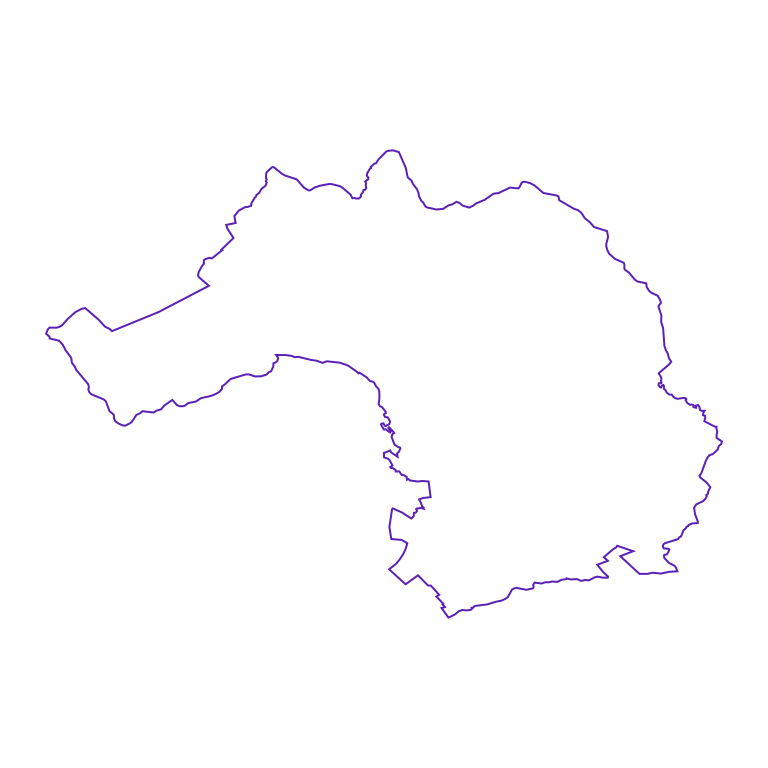 the district of Hateg, Hunedoara, Romania
{"feature_id": "2599482B32266966922921", "entity_name": "Hateg", "entity_type": "district", "adm_level": 2, "iso_a3": "ROU", "parent_name": "Romania", "parent_adm1": "Hunedoara", "projection": "robinson", "projection_center": [22.928, 45.632], "detail": "fine", "context": "isolated", "style": "outline", "palette": "violet", "viewbox_px": 768, "rotation_deg": 0, "n_neighbors": 0, "source": "geoboundaries", "source_scale": "gbopen_adm2", "svg_char_len": 6100}
<svg xmlns="http://www.w3.org/2000/svg" viewBox="0 0 768 768"><path d="M448.4,617.6L455.1,614.4L458.6,611.4L462.0,610.0L467.0,610.4L470.6,609.9L471.6,609.2L471.5,607.9L472.6,608.1L474.7,606.0L487.2,604.4L496.4,601.6L501.0,600.8L505.6,598.8L507.8,597.1L512.1,589.5L514.8,588.1L516.5,587.9L526.3,589.8L532.9,588.4L533.6,587.1L533.2,584.9L534.5,582.6L541.5,583.5L545.5,582.2L549.2,582.3L552.2,581.5L557.2,581.9L561.6,579.8L566.6,579.0L566.7,578.4L570.8,579.4L577.0,579.1L581.1,580.9L585.2,580.0L588.9,580.4L594.3,577.5L597.5,576.6L602.9,577.7L607.8,577.6L608.0,576.5L603.4,572.3L597.3,564.8L607.9,560.8L603.8,557.2L612.9,549.4L616.2,547.4L617.2,545.8L633.2,551.2L620.3,556.2L639.5,573.9L647.2,573.9L653.0,572.7L660.7,573.6L669.3,571.8L677.4,571.3L675.9,567.5L674.5,565.7L669.2,563.0L664.4,558.1L663.9,555.9L664.3,554.8L666.8,554.4L668.3,552.2L669.3,549.6L668.6,548.9L663.6,548.3L662.9,546.5L663.3,544.5L664.9,543.2L677.9,539.2L679.2,537.4L681.1,536.3L683.5,530.3L685.8,528.3L686.5,526.9L688.1,526.2L688.4,525.1L692.1,523.4L697.7,523.1L697.8,521.5L695.0,514.1L694.1,507.7L696.3,504.4L703.3,501.0L705.6,498.6L706.8,496.1L706.4,495.0L708.0,493.7L708.3,491.3L710.3,487.2L706.7,482.6L700.2,477.4L699.5,475.6L701.2,473.5L705.7,461.2L707.4,457.7L709.3,455.3L712.9,454.0L717.6,449.7L718.8,446.1L721.4,443.7L721.9,441.4L716.6,437.9L716.6,434.8L717.3,431.9L716.3,428.1L716.5,426.7L715.2,426.8L704.3,421.2L705.3,417.7L705.0,415.7L703.0,415.2L703.4,412.6L704.5,410.8L701.5,410.8L700.0,410.0L699.6,407.6L698.3,405.1L695.9,405.6L696.1,407.7L694.5,407.5L693.3,406.8L693.8,405.6L693.3,405.1L691.7,404.5L690.1,404.8L687.5,403.2L685.5,400.1L686.3,399.1L685.6,398.2L683.8,397.9L677.8,398.8L675.1,398.2L673.3,396.8L671.7,394.6L669.4,394.6L666.7,392.6L665.4,390.0L663.9,388.8L663.9,385.9L663.3,385.0L662.2,385.3L661.0,387.5L660.0,387.1L658.6,385.1L658.8,383.3L661.3,383.1L661.5,382.3L661.0,380.6L661.4,379.0L661.1,377.3L658.7,373.3L669.3,364.2L671.2,361.7L668.9,358.2L667.8,353.6L666.1,350.8L664.4,345.9L663.1,328.0L661.1,321.9L661.4,315.6L658.5,306.7L658.6,305.8L661.0,302.8L660.1,299.8L657.6,295.7L651.4,292.8L648.9,290.6L646.7,287.0L646.2,283.3L637.4,281.5L634.6,279.4L629.1,272.7L625.1,269.9L624.4,268.9L624.4,264.6L623.8,262.8L615.0,258.9L609.2,253.8L607.3,250.0L606.3,246.5L606.3,243.7L608.1,236.8L607.0,231.1L594.0,227.0L589.9,222.2L584.8,218.2L581.5,213.0L578.1,210.2L573.8,208.7L559.2,200.2L558.5,196.5L556.7,195.5L543.4,193.0L534.6,185.5L530.1,183.1L524.7,181.7L522.5,182.2L521.5,183.1L519.1,187.9L518.3,188.4L510.0,187.6L498.4,193.1L493.5,193.7L484.7,199.8L476.4,203.3L472.8,205.9L469.3,207.6L462.4,205.5L459.8,203.1L456.4,201.8L452.4,204.3L448.9,205.2L443.0,208.9L436.4,209.5L426.6,207.3L425.3,206.3L423.0,202.2L421.5,201.1L419.1,196.6L418.5,192.9L417.1,189.4L413.0,184.0L411.4,180.5L408.1,177.8L407.5,176.5L405.8,167.9L398.9,152.1L393.2,150.4L388.7,150.7L386.3,151.5L378.4,159.5L376.1,163.2L374.4,163.7L370.7,167.0L371.0,168.0L370.1,168.5L367.3,173.0L366.8,175.8L368.4,177.6L368.3,179.2L365.1,181.5L366.2,183.4L365.7,185.7L366.3,188.0L365.0,189.8L363.5,190.0L363.0,192.2L360.8,194.8L361.0,196.6L358.9,198.5L355.9,198.5L354.4,197.9L352.4,198.3L350.7,194.8L342.9,188.0L339.9,186.2L332.5,184.3L329.8,183.9L320.0,185.7L314.9,187.4L310.0,190.4L308.7,190.4L303.9,187.6L296.8,179.4L285.0,175.5L281.7,173.6L274.1,167.4L272.2,167.1L266.8,172.0L266.3,173.1L265.9,177.9L266.7,179.6L265.8,181.1L266.8,182.6L265.5,185.7L261.5,188.9L259.1,193.0L256.4,195.0L256.0,196.5L254.5,198.0L251.3,203.6L251.2,205.7L247.9,206.9L245.2,207.1L238.9,210.5L234.4,216.1L235.6,223.0L226.2,224.9L227.5,228.8L233.5,238.0L221.4,249.7L222.2,250.2L211.8,258.5L209.9,257.8L205.5,259.0L203.7,260.3L204.0,263.4L201.6,266.7L198.6,272.3L198.0,275.6L199.0,277.3L208.9,285.8L158.7,312.0L112.0,331.1L109.5,328.8L105.2,326.8L98.2,319.3L85.2,308.1L81.8,308.8L75.7,311.9L67.9,318.7L61.8,325.6L58.6,327.2L56.2,327.7L49.6,327.6L48.1,329.0L46.6,332.2L46.1,333.7L49.5,336.7L49.7,338.5L59.1,340.7L62.7,344.6L65.5,350.1L70.4,356.7L71.4,358.6L71.8,362.6L74.7,366.6L76.1,369.7L88.2,384.2L88.9,386.9L88.3,389.7L89.5,392.4L91.4,394.3L103.9,399.5L105.9,401.4L109.5,411.2L113.7,414.6L114.1,418.5L115.4,421.4L119.0,423.8L122.8,425.4L125.2,425.7L130.0,423.3L131.8,421.9L136.4,414.9L140.1,413.3L142.4,411.2L153.6,412.5L157.0,410.5L161.2,409.3L164.1,405.7L172.3,399.9L177.1,405.2L179.5,406.2L182.8,406.3L185.2,405.5L188.4,403.0L196.1,401.5L201.0,398.1L210.0,396.2L214.9,394.4L219.2,392.0L222.0,388.9L222.0,386.4L224.5,384.7L230.7,378.9L245.9,374.4L249.0,374.4L254.9,376.4L261.1,376.3L266.7,374.5L269.1,372.0L271.2,371.2L273.3,366.5L273.5,363.2L275.7,362.4L277.2,361.1L278.1,358.5L278.0,357.5L276.1,355.0L286.1,355.1L291.7,355.9L294.8,357.2L298.3,356.8L310.8,359.9L316.1,360.6L322.7,362.9L326.9,361.3L340.0,362.7L347.9,365.5L357.4,372.1L358.4,373.4L359.6,372.7L366.7,377.4L370.1,381.1L373.2,381.8L374.4,383.0L376.1,386.4L378.5,388.9L379.3,391.4L379.4,398.3L378.7,404.1L379.8,406.1L381.9,407.0L385.7,411.7L385.9,413.0L384.2,414.0L383.9,414.9L385.1,417.0L387.8,417.4L390.1,421.5L389.3,424.1L385.9,425.9L384.8,425.8L383.5,423.4L381.4,423.6L381.0,424.5L383.8,429.5L385.7,429.3L389.6,432.3L390.3,432.3L390.8,431.3L388.3,428.0L388.6,427.3L389.2,427.3L393.7,432.3L394.2,433.1L392.5,434.0L391.6,436.9L393.7,442.5L394.6,444.7L398.3,447.1L399.8,447.4L400.4,448.2L399.0,451.6L397.1,453.5L397.6,456.8L390.9,452.2L390.2,450.5L383.9,453.0L384.1,457.4L387.9,458.7L389.5,460.0L392.5,465.5L390.3,467.0L390.6,467.9L392.7,468.1L395.5,469.8L395.7,471.5L399.3,471.4L401.8,475.0L403.6,475.1L406.6,476.7L407.0,479.7L408.4,479.1L410.1,480.5L417.6,481.5L422.6,481.0L428.6,481.5L430.6,497.1L423.1,498.0L419.1,499.4L421.1,503.2L422.1,506.5L423.6,507.5L423.8,508.8L421.0,507.9L416.5,508.6L416.2,509.3L416.9,510.4L416.8,511.5L415.5,512.7L413.9,512.9L413.8,516.2L411.3,518.5L402.0,512.5L392.8,508.4L392.0,509.4L389.4,527.0L391.3,539.0L401.5,539.9L407.3,543.2L405.6,549.1L402.9,554.7L399.9,559.1L396.2,563.7L389.1,569.3L405.6,584.3L418.0,575.3L428.0,585.5L430.8,585.6L439.2,594.8L436.5,596.6L443.3,603.8L442.6,604.3L444.9,607.1L441.6,608.0L448.4,617.6Z" fill="none" stroke="#5b21b6" stroke-width="2"/></svg>